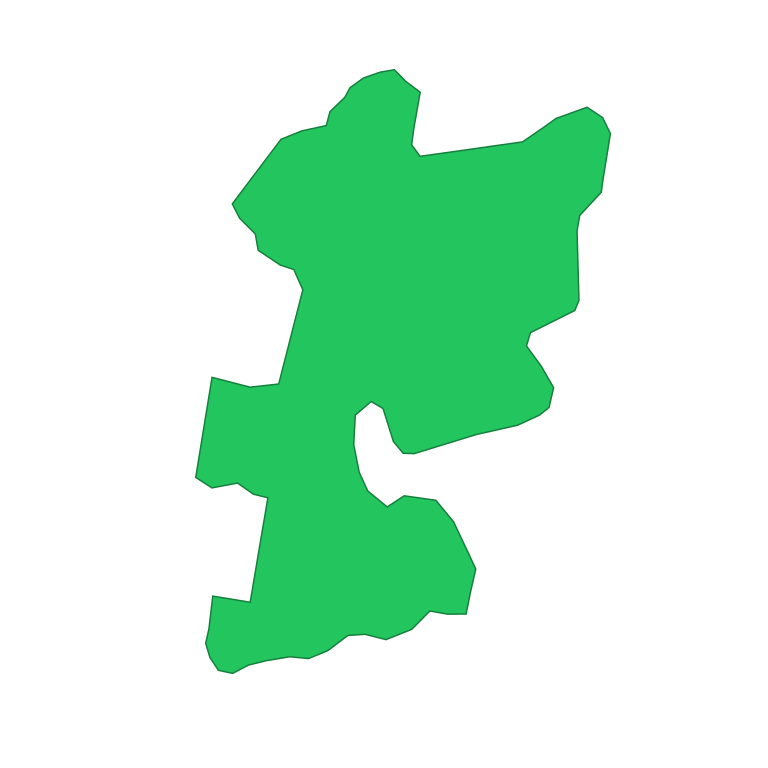 outline of Muçum, Rio Grande do Sul, Brazil, rotated 280°
{"feature_id": "56859067B23552766420682", "entity_name": "Muçum", "entity_type": "district", "adm_level": 2, "iso_a3": "BRA", "parent_name": "Brazil", "parent_adm1": "Rio Grande do Sul", "projection": "albers", "projection_center": [-51.824, -29.14], "detail": "fine", "context": "isolated", "style": "filled", "palette": "green", "viewbox_px": 768, "rotation_deg": 280, "n_neighbors": 0, "source": "geoboundaries", "source_scale": "gbopen_adm2", "svg_char_len": 1196}
<svg xmlns="http://www.w3.org/2000/svg" viewBox="0 0 768 768"><g transform="rotate(280 384 384)"><path d="M130.1,392.1L134.2,408.8L132.6,430.3L147.2,453.9L168.4,468.6L168.4,486.5L171.7,504.8L194.0,505.3L206.9,506.0L217.7,506.5L232.5,496.2L260.4,476.4L278.5,455.2L277.4,423.3L263.5,408.5L275.8,386.6L292.8,374.9L319.1,364.7L348.4,361.1L364.5,374.4L359.7,387.3L328.9,403.3L319.1,414.9L320.7,425.9L350.1,483.3L366.7,522.9L380.5,542.7L389.6,550.6L409.8,551.7L428.6,536.0L446.2,517.7L460.0,519.3L489.5,559.1L500.1,561.5L568.4,547.5L584.0,547.5L610.6,564.7L621.4,564.2L669.9,563.5L684.3,553.0L691.8,535.9L675.4,507.3L665.8,498.0L646.5,478.4L614.5,380.0L624.3,369.7L640.3,369.0L677.6,369.0L685.7,353.1L695.3,339.7L690.5,326.2L682.0,310.9L670.1,299.2L659.5,295.6L642.8,283.5L628.5,282.3L618.9,258.9L607.1,240.1L535.0,203.3L522.1,213.1L509.4,231.2L493.8,236.9L483.1,261.2L481.1,275.3L462.7,287.7L365.7,280.3L357.6,252.6L360.7,213.5L259.3,214.8L251.8,232.6L261.0,256.9L252.8,274.6L251.8,289.4L145.8,290.1L145.4,252.2L112.7,254.1L97.7,253.4L84.4,260.1L73.3,270.6L72.7,285.2L83.6,299.2L90.9,315.7L99.0,338.5L100.5,357.4L111.7,375.0L130.1,392.1Z" fill="#22c55e" stroke="#15803d" stroke-width="1.5"/></g></svg>